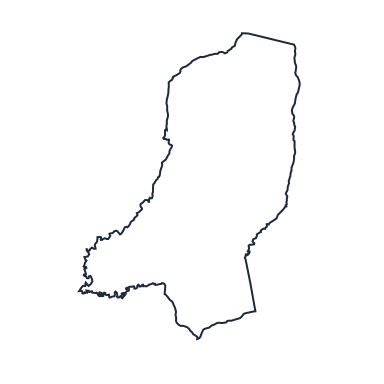 Guacimo, Limón, Costa Rica (orthographic projection), rotated 168°
{"feature_id": "36466004B32500402146996", "entity_name": "Guacimo", "entity_type": "district", "adm_level": 2, "iso_a3": "CRI", "parent_name": "Costa Rica", "parent_adm1": "Limón", "projection": "orthographic", "projection_center": [-83.609, 10.204], "detail": "fine", "context": "isolated", "style": "outline", "palette": "slate", "viewbox_px": 384, "rotation_deg": 168, "n_neighbors": 0, "source": "geoboundaries", "source_scale": "gbopen_adm2", "svg_char_len": 6053}
<svg xmlns="http://www.w3.org/2000/svg" viewBox="0 0 384 384"><g transform="rotate(168 192 192)"><path d="M111.1,335.4L116.4,331.9L117.0,330.8L118.0,329.8L119.7,326.1L122.9,325.1L123.8,323.8L124.9,323.6L125.7,323.1L127.6,322.6L128.3,321.5L129.0,321.1L131.0,320.8L132.1,321.9L133.7,322.8L136.6,323.0L138.1,321.8L141.0,322.4L144.1,322.2L146.4,322.4L147.6,322.1L151.9,321.7L153.3,321.7L155.2,322.3L155.9,322.3L158.6,321.7L164.6,320.0L166.2,318.6L170.0,316.8L171.9,316.1L175.3,315.7L177.3,314.6L178.2,313.3L178.2,312.2L179.1,311.0L182.7,309.6L186.3,308.7L186.9,308.3L187.2,307.5L187.0,307.4L188.3,305.8L190.4,305.1L192.0,304.0L192.8,299.8L194.1,295.9L194.2,294.7L195.9,290.6L197.4,287.7L198.6,283.8L198.4,281.0L199.3,277.4L199.4,272.3L200.0,270.5L201.8,267.1L202.3,264.5L203.5,261.0L203.5,258.1L203.7,257.7L204.2,258.5L204.8,258.7L205.5,258.1L206.5,253.2L207.7,251.5L208.5,251.2L208.9,250.7L208.6,249.8L206.7,249.3L205.5,248.2L204.0,248.2L203.6,248.0L203.7,247.3L204.5,245.6L204.6,244.6L204.1,243.2L202.3,242.2L202.0,241.5L202.1,240.7L205.1,237.4L205.6,236.4L206.1,234.4L208.2,232.4L210.8,229.2L215.2,227.1L215.5,226.1L215.5,224.4L218.7,219.1L219.7,215.8L221.0,213.7L221.6,213.8L222.1,213.5L222.8,212.1L224.8,210.9L226.8,208.6L228.4,207.4L230.2,200.2L231.0,198.8L231.5,195.8L232.1,194.8L232.4,194.3L233.5,194.3L234.5,195.1L235.4,193.8L236.1,191.3L236.5,191.4L236.7,192.5L237.5,193.4L239.6,193.9L242.8,191.6L244.2,191.3L244.8,190.8L245.3,189.3L245.1,187.9L244.4,186.6L244.4,185.9L244.7,185.4L248.4,183.2L250.4,182.8L250.2,180.5L254.1,178.3L254.2,177.4L254.6,176.9L257.2,175.9L258.4,175.0L259.6,173.2L261.1,171.8L262.5,170.9L263.3,171.6L265.1,171.4L267.5,168.2L269.8,166.0L271.2,165.5L273.2,169.1L274.3,169.9L276.5,169.7L277.2,168.8L278.1,168.4L281.4,168.4L281.5,167.5L281.1,166.0L283.7,163.4L285.0,163.7L286.9,164.9L288.6,164.5L289.8,163.9L291.1,164.0L291.2,164.5L290.4,165.9L290.5,166.8L291.3,167.2L293.9,167.5L294.2,165.9L295.3,163.1L295.9,162.4L297.2,161.7L298.3,159.9L298.0,158.1L298.1,156.6L299.8,156.9L300.5,157.5L301.0,158.2L301.5,158.4L303.2,157.5L304.4,156.1L305.9,155.7L306.4,156.6L306.4,157.6L306.9,157.9L307.1,156.5L305.9,154.4L305.5,152.4L307.4,150.6L310.7,150.8L310.3,147.7L309.5,146.9L311.4,145.0L312.4,142.9L313.5,141.7L313.3,141.2L311.3,140.7L311.2,139.5L313.4,138.9L312.8,135.5L312.9,133.8L313.3,133.0L313.9,132.6L314.5,133.7L315.0,133.6L315.2,133.2L314.7,132.3L313.4,131.7L312.6,129.6L312.0,129.3L311.0,129.2L310.4,130.9L308.8,131.0L308.2,129.3L307.9,127.3L308.1,125.1L310.4,122.9L312.7,121.6L314.7,125.5L315.3,124.6L315.5,122.5L315.8,122.3L316.7,122.3L317.3,122.8L318.2,122.8L321.1,120.6L321.3,120.1L323.0,118.5L320.4,118.2L320.1,116.7L320.3,115.7L320.1,115.5L318.0,115.3L318.0,116.1L317.7,116.2L315.6,115.4L315.3,116.5L315.6,117.5L313.5,116.8L313.5,115.6L313.3,115.4L311.4,115.8L310.5,115.6L310.6,114.4L310.4,114.2L308.5,113.7L307.4,113.2L306.2,113.4L305.8,112.9L305.0,110.1L304.0,109.3L302.1,109.0L304.0,111.0L304.2,112.2L303.4,113.0L303.0,113.1L301.7,112.0L301.5,111.2L301.8,109.8L301.4,109.4L300.4,109.3L299.9,111.4L299.0,111.8L298.4,111.7L297.8,111.1L298.2,109.8L298.0,109.5L296.1,108.8L294.6,108.8L294.8,106.5L294.7,106.0L294.2,105.8L293.5,105.8L292.8,106.2L289.5,106.2L288.8,107.4L288.5,109.6L287.5,110.5L286.7,109.5L286.4,108.7L286.6,105.8L287.1,105.4L286.9,104.5L286.5,104.2L285.2,104.1L283.4,105.1L282.9,105.0L282.8,103.1L282.2,102.6L281.2,103.6L279.4,104.9L281.9,106.5L281.9,107.2L281.3,107.5L279.5,107.4L278.9,106.3L278.0,106.3L277.5,107.6L276.9,108.2L274.4,108.7L273.9,109.5L273.9,110.4L274.1,110.6L276.0,110.5L276.5,110.6L276.7,111.0L276.4,111.6L275.8,111.8L274.4,111.8L273.5,112.2L272.0,112.2L270.5,111.8L268.5,111.9L268.2,111.6L268.2,111.0L268.5,109.6L267.3,109.2L266.4,109.4L265.4,110.0L265.1,111.5L263.8,112.5L263.2,111.7L262.9,110.4L261.9,110.3L260.5,111.2L259.2,111.4L259.2,111.1L259.9,110.5L259.7,110.0L257.3,109.7L256.6,109.2L253.8,109.8L253.5,110.3L250.8,110.4L249.3,110.9L248.7,110.6L248.4,109.9L247.3,109.9L247.2,108.7L246.8,108.6L240.7,108.6L240.3,109.1L239.2,108.8L237.9,107.5L237.6,105.7L240.0,97.9L239.0,96.9L237.7,94.6L236.1,91.1L234.2,88.9L233.5,86.6L233.5,85.6L232.8,82.9L232.5,78.1L233.6,75.5L233.7,71.9L234.4,69.5L234.2,67.4L232.8,65.1L230.9,63.4L228.4,62.9L224.9,60.8L224.2,59.9L223.1,58.4L222.6,56.8L220.8,54.3L220.8,53.6L220.3,52.5L219.1,51.6L217.0,49.2L216.8,48.6L217.5,47.1L216.7,47.1L215.1,47.6L213.9,48.7L212.1,51.6L209.7,54.9L208.9,55.3L206.3,55.7L203.7,55.7L200.3,57.4L197.2,57.8L194.8,58.6L193.2,58.6L189.9,57.6L185.8,57.3L184.5,58.3L183.8,58.5L182.3,58.4L180.3,57.9L171.0,58.7L168.8,60.1L167.2,61.7L165.5,62.3L156.5,62.3L154.8,62.1L153.9,90.5L153.6,114.3L153.9,116.9L152.8,118.1L152.6,119.3L152.2,119.7L151.8,118.8L150.7,118.9L150.0,119.3L150.1,120.3L149.8,120.6L149.4,120.6L149.2,119.9L148.6,120.4L148.0,121.8L149.6,122.6L148.1,124.4L147.7,126.0L147.9,126.4L147.7,127.8L146.6,128.3L142.4,127.8L142.1,128.0L141.7,128.8L142.9,130.6L143.0,131.4L141.7,133.2L139.1,133.5L138.7,134.3L137.7,135.4L137.4,137.1L133.6,138.5L133.0,138.4L132.6,140.1L130.8,140.9L129.6,141.3L128.1,140.8L127.6,141.7L125.9,142.7L125.6,145.0L125.2,145.0L123.6,144.3L123.1,145.1L122.6,145.5L114.9,148.5L112.8,151.7L105.8,156.4L104.1,158.0L102.7,158.3L103.1,159.6L102.1,160.0L101.8,160.5L101.8,162.4L101.0,163.9L100.5,166.3L99.7,167.7L99.7,168.4L100.3,169.4L100.6,171.1L98.2,173.9L97.1,177.5L95.3,180.3L95.1,182.7L93.6,185.2L93.2,186.2L92.6,186.8L91.7,189.7L90.9,191.4L90.2,192.2L89.6,195.1L86.7,199.5L85.2,203.2L84.7,206.1L84.2,206.7L82.9,209.0L82.5,211.6L82.6,213.4L81.1,220.5L81.8,221.3L81.9,221.8L81.0,225.3L81.0,226.5L81.5,227.3L80.6,229.1L79.1,230.3L77.6,234.0L78.0,236.6L77.7,238.5L78.0,239.4L78.0,240.9L76.8,243.0L76.4,244.4L76.6,245.9L77.5,247.6L77.4,250.9L76.1,253.4L73.0,257.2L71.0,262.5L69.3,265.8L67.9,267.0L64.8,273.3L64.1,275.8L64.0,277.9L64.7,282.3L65.9,284.3L66.3,286.7L64.2,292.0L64.0,293.1L64.0,294.6L64.5,296.6L64.5,297.7L64.3,298.0L64.0,301.9L62.2,305.3L62.1,308.1L61.0,311.0L61.0,312.2L61.5,314.9L103.9,335.3L110.1,336.9L110.3,336.3L111.1,335.4Z" fill="none" stroke="#1e293b" stroke-width="2"/></g></svg>